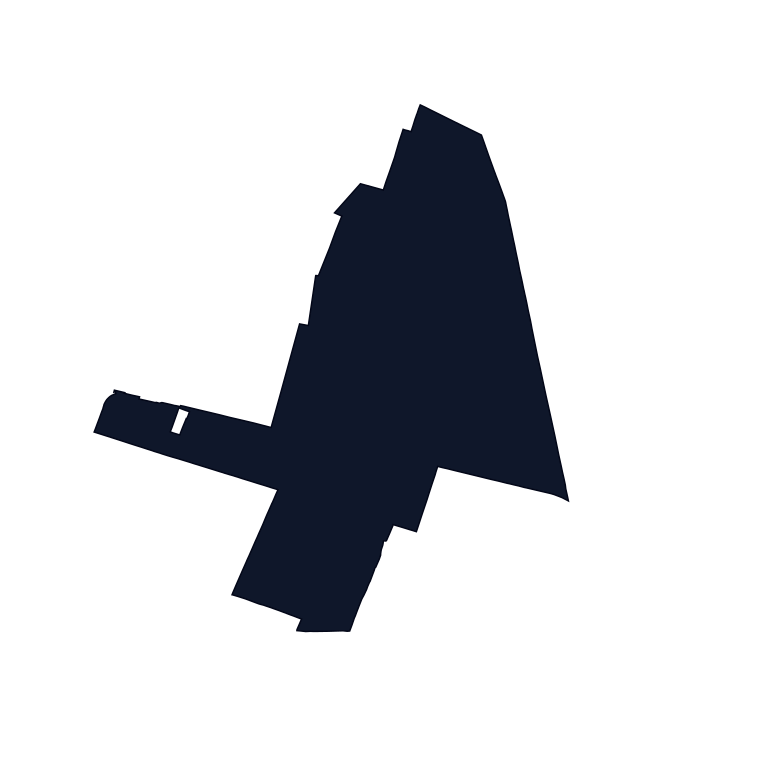 outline of Tomsani, Prahova, Romania, rotated 215°
{"feature_id": "2599482B53047935448287", "entity_name": "Tomsani", "entity_type": "district", "adm_level": 2, "iso_a3": "ROU", "parent_name": "Romania", "parent_adm1": "Prahova", "projection": "mercator", "projection_center": [26.313, 44.945], "detail": "fine", "context": "isolated", "style": "filled", "palette": "ink", "viewbox_px": 768, "rotation_deg": 215, "n_neighbors": 0, "source": "geoboundaries", "source_scale": "gbopen_adm2", "svg_char_len": 4791}
<svg xmlns="http://www.w3.org/2000/svg" viewBox="0 0 768 768"><g transform="rotate(215 384 384)"><path d="M514.4,633.4L513.7,630.5L513.4,629.2L513.0,628.0L512.7,626.9L512.4,625.9L512.0,624.7L511.8,623.5L511.4,622.2L511.0,620.8L510.7,619.6L510.0,617.3L508.2,611.8L506.6,606.3L507.4,605.9L508.0,605.7L508.5,605.6L508.9,605.5L509.8,605.2L511.5,604.5L513.2,603.9L514.4,603.6L514.0,602.2L513.6,601.1L513.3,600.0L512.9,598.8L512.6,597.6L512.5,597.4L510.7,591.4L507.0,580.5L505.4,576.0L501.3,561.6L498.5,551.4L498.1,550.0L495.8,542.5L518.2,534.5L518.2,534.2L522.7,495.8L514.8,497.4L514.8,497.2L511.0,480.8L506.6,464.3L501.7,443.2L499.8,435.1L501.5,434.1L502.1,433.7L502.0,433.4L479.5,388.5L487.6,384.8L482.3,370.0L473.6,345.7L463.4,317.2L451.5,283.6L468.1,277.4L477.7,273.6L482.4,271.7L491.1,268.2L500.6,264.6L509.7,261.0L521.0,256.5L529.9,253.0L533.2,251.7L535.3,250.9L538.2,249.6L537.9,248.3L537.6,247.0L534.7,247.7L531.6,248.5L527.4,249.7L526.3,245.7L525.6,242.1L526.1,242.1L525.6,239.9L524.8,236.3L523.9,232.3L522.1,225.1L528.6,223.0L531.7,222.2L532.8,226.9L535.9,238.1L537.2,242.8L537.8,244.7L538.7,248.3L539.4,248.0L540.8,247.4L542.2,246.8L542.8,246.4L543.6,246.1L545.2,245.5L547.3,244.7L549.5,243.8L552.2,242.7L554.4,241.8L555.0,241.5L555.6,241.1L556.0,240.6L556.4,240.1L556.7,239.7L557.1,239.4L557.8,239.1L558.8,238.8L560.0,238.3L559.9,238.0L561.5,237.2L564.5,236.0L573.2,232.4L576.1,231.2L576.9,233.3L583.5,230.5L585.5,229.7L588.6,228.5L591.9,227.3L591.7,228.1L592.7,227.7L597.3,225.9L601.3,224.3L600.8,222.9L600.6,222.4L599.9,223.3L599.6,223.5L598.9,222.9L598.5,222.7L598.1,222.4L598.5,221.9L599.7,219.8L600.5,218.5L601.2,216.8L601.6,215.3L601.9,213.7L602.1,212.3L602.1,211.1L602.0,209.4L601.8,208.0L601.7,207.2L601.5,206.4L601.0,205.2L600.7,204.1L600.0,202.3L599.7,201.0L599.0,198.2L597.7,193.4L596.0,186.8L594.7,181.8L593.9,178.4L589.1,179.9L581.1,182.4L572.4,185.1L564.6,187.5L559.3,189.1L552.5,191.2L548.7,192.4L546.2,193.2L540.6,194.9L535.5,196.5L533.6,197.0L528.1,198.8L525.6,199.5L519.9,201.3L515.1,202.9L510.2,204.6L505.9,206.0L502.8,207.0L498.2,208.5L493.9,209.8L490.3,211.0L486.5,212.2L480.0,214.3L473.7,216.3L469.6,217.6L467.4,218.3L465.7,218.9L463.6,219.5L460.9,220.4L458.7,221.1L455.0,222.4L453.0,223.0L450.6,223.8L445.9,225.2L441.6,226.6L438.2,227.7L434.4,228.9L431.2,229.9L428.4,230.8L424.5,232.1L419.1,233.8L417.7,234.2L415.5,234.9L412.5,235.9L410.2,236.6L410.1,236.1L409.9,235.1L409.3,231.9L408.3,227.2L407.5,223.3L407.3,221.8L406.4,217.4L405.7,213.9L405.0,210.2L404.4,207.3L402.6,199.2L401.4,193.0L400.8,189.8L400.0,186.0L399.1,181.1L398.5,178.2L397.1,171.3L396.0,165.8L395.2,161.3L394.8,159.5L392.8,149.3L389.9,134.9L388.1,126.3L387.6,124.2L386.9,124.5L384.5,125.3L382.1,126.1L374.4,128.5L363.9,131.2L360.5,132.1L358.7,132.7L355.8,133.8L353.6,134.4L350.6,135.3L339.8,138.3L328.3,141.2L316.7,144.2L314.4,132.9L313.9,132.0L311.0,133.7L306.1,136.4L302.5,139.2L299.4,141.2L295.8,143.8L295.0,144.4L289.4,148.4L284.3,152.2L280.0,155.4L276.1,158.3L272.3,160.4L270.4,162.0L270.6,162.7L272.0,168.1L273.7,174.0L273.9,174.5L274.6,177.9L275.4,180.9L277.2,188.1L278.9,195.3L279.4,199.7L280.4,205.6L281.3,208.9L282.1,212.9L282.2,213.5L282.2,214.3L285.4,226.6L285.8,227.2L285.9,227.7L285.7,229.2L287.4,237.7L288.6,241.9L289.3,242.9L290.4,245.0L291.2,246.7L292.5,251.1L293.1,252.5L294.5,255.1L294.1,255.4L292.4,256.5L292.2,257.2L293.8,265.2L295.2,271.7L295.4,272.8L296.0,274.0L286.7,277.1L280.8,279.0L279.2,279.5L276.9,280.3L273.7,281.3L272.8,281.6L273.6,284.3L275.5,290.6L278.2,299.5L282.4,313.8L283.6,317.6L284.3,319.8L287.5,330.2L290.1,339.1L291.0,341.6L292.4,346.1L292.5,346.5L292.8,347.3L288.3,349.0L283.2,351.1L276.4,353.7L269.5,356.4L254.4,362.3L241.3,367.4L234.4,370.2L226.0,373.4L224.2,374.2L219.8,375.9L215.4,377.7L209.9,379.7L207.1,380.9L185.9,389.4L184.1,390.1L181.0,391.1L175.8,392.4L172.8,393.1L166.7,393.9L165.9,394.0L168.0,396.0L170.4,398.2L175.0,402.4L177.5,405.2L182.1,409.5L187.1,414.0L191.9,418.5L195.4,421.7L200.4,426.3L204.9,430.6L214.1,439.3L229.9,453.9L245.0,467.7L264.9,486.3L274.3,494.9L294.8,514.4L295.1,514.7L296.8,516.4L300.5,520.0L307.8,526.7L313.0,531.7L317.7,536.1L320.6,538.7L322.7,540.7L324.2,542.0L328.3,545.9L331.4,548.8L334.9,552.0L338.2,555.0L342.3,559.0L344.5,561.1L350.1,566.3L354.1,570.1L354.7,570.7L356.8,572.7L360.5,576.1L362.6,578.1L364.6,580.0L368.4,583.6L370.6,585.6L373.5,588.3L375.2,589.9L377.6,592.1L379.3,593.7L382.8,597.1L385.9,600.0L388.6,602.6L389.3,603.2L391.6,604.9L394.5,606.9L397.0,608.7L400.6,611.2L401.9,612.1L404.2,613.7L409.2,617.1L412.3,619.2L414.4,620.7L415.5,621.4L420.3,624.8L424.6,627.8L429.4,631.2L433.0,633.8L436.5,636.3L441.9,640.2L447.0,643.8L451.7,643.1L453.6,642.8L470.8,640.1L479.1,638.8L484.4,638.0L497.0,636.1L502.8,635.2L509.2,634.3L514.4,633.4Z" fill="#0f172a" stroke="#020617" stroke-width="1.5"/></g></svg>